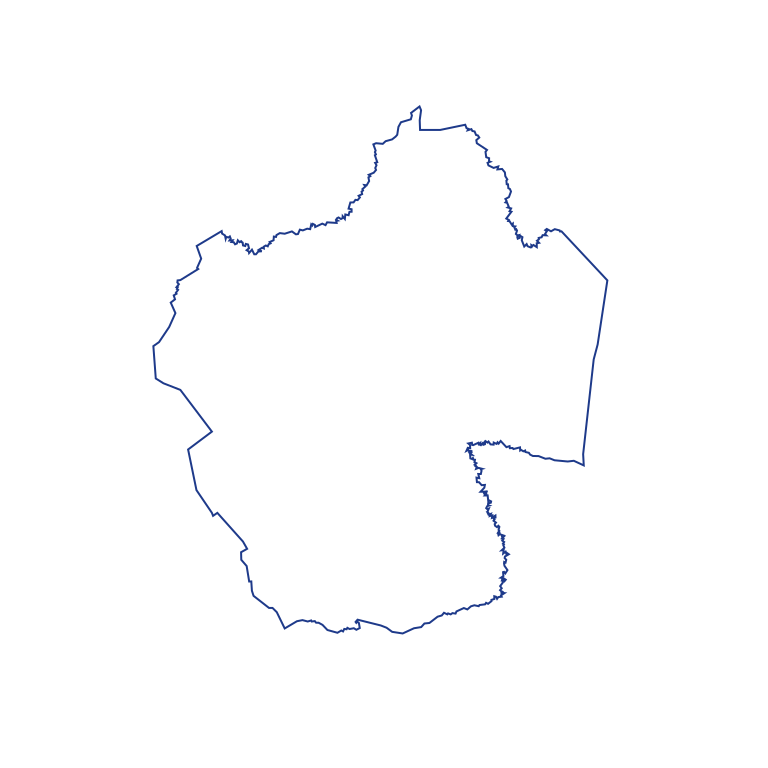 Villaguay, Entre Ríos, Argentina (Robinson projection), rotated 133°
{"feature_id": "61730980B76391862557900", "entity_name": "Villaguay", "entity_type": "district", "adm_level": 2, "iso_a3": "ARG", "parent_name": "Argentina", "parent_adm1": "Entre Ríos", "projection": "robinson", "projection_center": [-59.127, -31.648], "detail": "fine", "context": "isolated", "style": "outline", "palette": "blue", "viewbox_px": 768, "rotation_deg": 133, "n_neighbors": 0, "source": "geoboundaries", "source_scale": "gbopen_adm2", "svg_char_len": 6166}
<svg xmlns="http://www.w3.org/2000/svg" viewBox="0 0 768 768"><g transform="rotate(133 384 384)"><path d="M139.0,501.4L159.9,516.2L173.6,530.9L166.7,537.8L158.5,543.6L156.8,547.3L167.3,549.1L168.6,546.7L172.1,544.9L181.0,550.1L186.1,548.8L192.7,544.3L195.1,544.2L199.6,544.9L205.3,548.4L209.2,548.7L213.3,554.0L216.0,555.2L219.0,549.3L220.6,548.8L221.6,546.5L222.9,546.7L226.4,540.2L228.3,541.3L229.1,538.7L232.0,537.7L232.9,535.8L236.5,535.6L241.4,537.8L241.3,535.8L243.5,536.3L245.7,533.3L250.5,532.2L251.9,534.1L252.3,532.3L256.2,532.7L256.8,531.3L258.6,531.6L260.0,529.5L263.7,530.9L264.0,528.9L267.5,528.7L268.8,530.5L271.9,530.1L274.2,532.4L279.9,529.5L278.3,526.9L280.1,525.2L281.6,526.7L284.7,525.0L286.4,527.9L290.0,525.2L289.5,528.6L290.9,527.4L292.7,528.0L293.2,530.8L294.7,531.4L296.5,531.1L296.1,529.3L297.3,530.2L298.5,528.5L304.6,535.9L307.7,535.1L308.8,538.5L316.1,541.4L314.8,543.0L315.4,545.2L316.9,544.6L316.8,546.1L321.1,543.6L322.8,546.1L327.0,548.1L328.5,550.8L333.0,549.2L334.6,550.5L335.2,555.4L341.8,559.1L344.7,563.1L348.4,564.2L350.1,563.3L351.3,565.1L354.2,562.8L358.2,564.5L358.5,562.9L360.3,563.7L362.6,562.9L363.3,564.9L365.7,565.6L366.8,564.3L367.6,566.1L371.4,567.1L370.3,563.9L372.8,566.3L376.4,566.1L377.6,567.4L375.8,572.2L380.2,572.0L379.3,573.2L379.8,575.7L376.8,575.3L374.7,578.6L375.8,580.6L377.7,579.6L378.8,581.6L377.0,583.8L377.6,585.4L376.2,585.7L378.8,586.4L378.6,588.9L381.6,587.4L383.4,588.2L382.8,590.6L384.2,592.4L382.1,592.7L384.4,594.9L382.2,595.3L381.2,597.4L383.0,597.7L383.9,599.7L385.8,598.8L383.8,601.6L384.4,605.0L382.9,607.0L410.8,615.1L417.0,603.2L426.6,599.9L426.6,598.3L446.9,603.8L449.0,605.6L450.7,604.4L450.9,602.1L454.6,601.8L454.0,600.8L455.8,600.3L455.6,598.8L459.2,598.4L459.5,597.3L462.6,598.2L464.6,594.6L469.9,595.5L474.4,584.9L488.8,580.0L506.8,577.1L513.6,578.5L535.6,554.7L533.9,545.8L527.2,528.9L536.2,477.4L565.5,482.6L589.5,448.8L595.6,422.0L597.0,419.1L591.9,418.0L595.4,379.7L597.9,371.7L604.5,373.8L609.9,368.5L610.8,360.3L620.4,347.9L618.9,346.4L625.3,339.6L627.9,334.9L626.2,315.4L623.8,312.8L624.0,306.8L630.5,289.9L616.9,285.9L612.3,282.6L609.7,277.8L606.6,276.0L607.0,274.9L604.6,272.9L604.9,270.9L603.2,269.0L602.1,264.7L602.5,257.6L597.7,248.4L593.4,247.1L592.9,245.2L590.2,246.0L588.9,244.1L587.3,244.5L586.7,242.1L583.2,239.5L582.6,236.6L579.0,235.3L575.9,239.4L576.0,241.5L577.6,241.4L577.4,242.5L574.4,242.6L562.8,221.7L560.5,215.9L559.7,209.0L553.7,200.2L542.2,195.5L536.4,191.0L531.6,191.1L527.8,187.8L517.6,186.1L513.9,183.9L510.4,184.1L509.3,180.6L508.1,180.7L507.0,178.1L504.9,177.7L503.1,175.1L500.9,175.9L493.4,172.8L492.0,169.3L487.3,168.8L484.2,167.0L481.9,163.2L480.5,163.4L476.2,159.8L474.4,160.1L473.8,158.0L469.5,157.3L468.6,158.2L466.0,156.7L464.0,158.6L463.2,157.0L464.0,154.8L461.9,155.1L459.3,152.9L458.8,154.3L454.8,153.3L456.0,154.9L454.3,155.2L456.5,155.8L455.7,156.7L456.4,157.2L455.6,157.1L455.6,158.5L453.1,158.6L452.6,161.2L448.1,161.7L447.2,163.3L445.6,162.9L446.0,161.4L444.1,161.5L444.5,163.9L446.3,164.3L445.0,165.0L446.0,166.4L443.0,165.7L440.4,168.6L439.5,168.1L439.8,166.1L435.9,166.8L434.8,171.9L433.4,173.8L432.2,174.7L431.8,173.3L429.2,174.7L429.0,177.1L427.7,177.9L423.4,176.6L423.8,179.3L424.7,178.9L423.7,180.7L426.7,181.2L423.8,183.3L425.3,184.5L421.6,184.3L420.6,186.7L419.5,186.9L419.7,188.1L417.6,188.4L417.9,190.7L415.9,190.9L416.6,192.3L414.9,192.3L415.6,192.8L414.9,193.9L413.3,193.3L414.9,196.9L416.5,197.1L415.8,198.2L414.5,197.3L413.9,198.2L414.9,199.2L412.7,199.6L412.6,200.7L409.8,202.2L409.7,203.7L411.6,203.7L411.9,206.1L411.0,207.5L409.0,207.6L409.3,210.6L407.7,210.8L407.6,212.6L405.6,211.4L404.2,212.8L408.1,213.9L406.2,215.2L408.3,216.5L406.1,217.3L408.3,218.4L407.6,220.2L407.2,219.1L406.8,221.2L403.6,222.4L405.1,223.1L405.1,224.6L402.9,225.2L401.2,224.2L401.7,225.3L400.3,226.4L398.0,224.9L396.8,225.6L397.4,227.6L398.9,227.5L394.8,232.2L396.7,234.2L394.6,234.2L393.8,235.9L391.8,235.1L394.0,236.9L395.7,236.2L395.1,238.0L396.9,239.9L391.4,239.9L389.0,241.4L391.4,243.6L391.0,247.5L392.4,249.1L389.4,252.5L387.9,250.1L385.5,253.7L383.8,251.8L380.9,253.5L380.3,255.1L379.1,254.4L380.9,257.7L383.2,258.8L381.3,259.6L381.3,260.9L382.5,260.7L381.1,261.4L381.3,262.6L378.9,262.4L379.5,264.5L377.4,265.8L378.3,266.9L377.5,268.5L378.8,268.4L379.5,270.1L376.9,272.9L375.8,271.4L376.0,274.3L374.2,273.4L373.4,274.3L374.8,275.9L375.5,275.2L374.7,277.4L376.7,278.1L373.5,279.2L372.2,277.2L369.9,279.5L370.0,281.8L367.0,279.7L368.4,278.0L367.9,277.1L362.6,274.9L363.4,273.7L361.5,273.4L363.0,272.3L362.7,271.4L360.2,271.5L360.7,269.9L359.2,269.1L358.2,269.8L358.8,270.9L356.6,271.0L356.2,268.3L354.8,268.3L355.5,264.9L353.6,262.5L352.0,263.8L351.0,260.8L349.2,261.2L349.4,259.5L346.1,259.8L346.7,251.4L343.8,249.8L345.1,248.2L343.1,246.3L343.3,245.0L337.6,241.3L339.7,239.1L338.7,238.9L338.2,236.2L336.4,235.4L337.3,234.2L335.5,231.1L336.0,229.0L335.1,226.0L331.3,221.8L328.6,215.0L325.4,212.2L323.5,207.3L315.4,196.8L310.7,192.8L307.3,182.4L299.5,190.5L223.0,247.4L209.4,254.7L155.9,291.3L151.3,358.3L152.4,359.3L151.9,360.3L154.3,364.7L158.4,366.0L159.6,370.7L161.5,371.0L161.2,369.1L164.6,368.5L164.6,366.7L167.0,369.5L169.2,368.8L171.7,370.5L172.6,369.4L174.9,369.8L175.0,366.9L176.9,368.3L179.7,365.6L180.4,369.5L181.7,369.6L181.9,371.0L183.4,369.4L184.2,370.0L185.3,373.0L184.4,375.1L187.8,375.2L184.9,381.3L182.2,382.9L182.8,385.9L184.5,384.4L186.5,385.3L185.6,386.8L183.3,387.0L184.3,387.7L184.3,389.9L181.1,391.3L180.6,392.9L181.6,393.2L180.6,395.4L179.3,395.5L180.7,397.5L178.8,399.2L180.3,399.4L179.3,403.2L180.1,404.3L178.9,404.6L179.6,407.4L171.1,408.3L172.0,410.0L168.9,410.8L170.5,413.9L169.3,413.6L167.5,417.5L168.3,419.0L166.6,419.0L165.9,421.4L162.1,420.1L156.6,422.4L155.5,425.0L156.0,426.6L153.4,429.5L154.2,430.5L151.8,433.2L150.3,433.3L149.3,437.0L146.8,439.9L146.2,444.3L149.7,447.4L147.0,448.8L151.2,451.2L152.9,456.7L151.6,459.1L149.0,457.9L149.5,459.1L147.2,461.1L148.4,463.9L145.0,468.1L142.6,468.3L144.6,480.3L142.7,482.8L138.8,482.4L138.2,484.9L139.1,486.5L137.5,490.0L138.7,491.9L138.0,493.9L141.3,495.8L139.8,496.2L140.6,498.1L139.0,501.4Z" fill="none" stroke="#1e3a8a" stroke-width="2"/></g></svg>